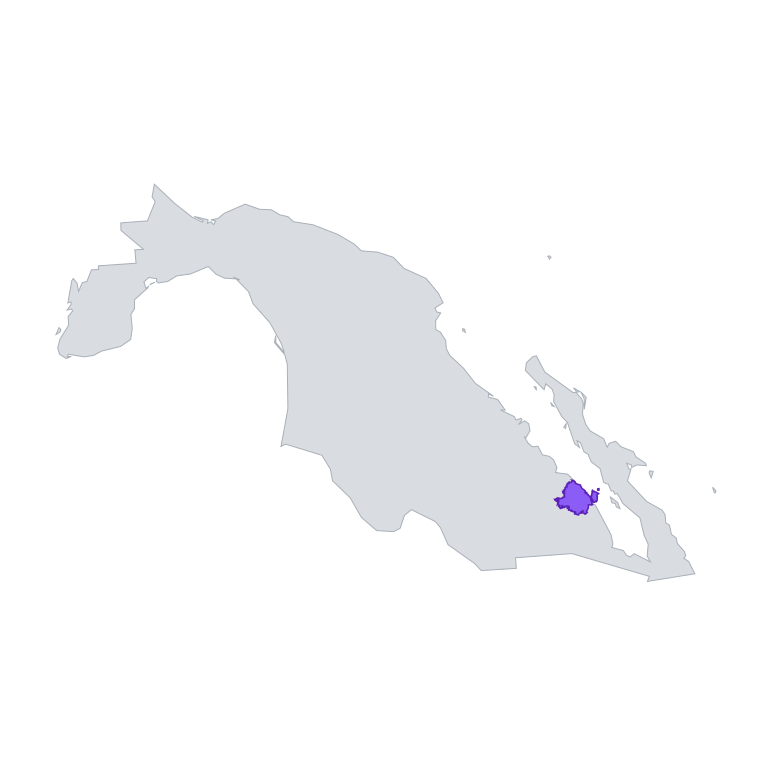 location of Hermosillo, Sonora, Mexico, rotated 176°
{"feature_id": "50627088B25746055261470", "entity_name": "Hermosillo", "entity_type": "district", "adm_level": 2, "iso_a3": "MEX", "parent_name": "Mexico", "parent_adm1": "Sonora", "projection": "robinson", "projection_center": [-112.148, 28.969], "detail": "fine", "context": "in_parent", "style": "filled", "palette": "violet", "viewbox_px": 768, "rotation_deg": 176, "n_neighbors": 0, "source": "geoboundaries", "source_scale": "gbopen_adm2", "svg_char_len": 8915}
<svg xmlns="http://www.w3.org/2000/svg" viewBox="0 0 768 768"><g transform="rotate(176 384 384)"><path d="M87.1,173.0L135.0,168.7L132.7,173.6L208.4,201.7L264.9,201.5L264.9,190.9L300.0,191.1L306.2,198.7L331.3,219.2L337.6,236.5L342.2,243.1L365.4,256.7L372.7,251.6L378.0,238.9L384.9,236.1L401.6,238.3L415.8,252.4L425.6,272.7L442.1,291.1L443.4,302.8L450.9,317.2L486.5,330.9L491.1,328.8L481.6,366.0L479.1,410.5L480.9,420.1L490.4,433.0L488.6,439.9L489.0,432.9L481.1,422.0L483.8,432.0L493.5,453.0L509.0,473.1L512.7,485.6L523.5,498.3L520.6,498.0L526.7,501.1L524.7,499.2L535.9,500.8L543.9,505.2L551.1,513.5L569.6,507.2L583.3,506.3L592.4,501.4L602.0,500.5L603.9,502.3L603.3,504.9L611.2,506.6L616.4,502.6L614.8,496.1L612.3,497.7L612.9,496.4L627.0,485.4L627.6,476.4L631.6,471.3L631.3,456.9L633.6,446.1L644.3,439.8L663.5,436.5L671.8,432.8L681.2,432.0L696.8,435.7L698.0,433.4L694.0,433.3L699.2,431.6L705.6,436.3L707.0,442.8L704.1,451.4L694.5,464.6L694.4,473.3L689.5,478.6L690.5,480.6L695.0,479.9L690.4,485.4L690.5,487.6L693.7,486.9L688.2,509.0L686.6,510.9L683.2,506.0L682.2,497.7L677.9,506.2L673.3,506.9L667.8,518.3L661.0,518.1L660.6,521.8L622.9,521.8L623.2,535.2L614.6,535.1L635.7,555.6L635.3,563.1L608.6,563.2L599.5,582.0L602.3,586.8L599.2,599.3L579.4,577.9L563.5,563.6L553.9,558.1L552.9,559.5L561.8,564.4L548.0,560.1L548.9,556.6L545.3,558.0L542.9,554.9L540.5,558.3L545.2,559.9L538.2,560.6L531.5,565.4L510.0,573.1L496.0,567.0L484.1,565.6L476.1,560.0L468.1,557.6L463.0,552.2L443.8,547.8L419.7,536.4L404.0,525.7L397.3,518.4L381.2,516.0L365.8,509.7L355.9,497.8L334.7,486.4L323.3,470.6L319.4,460.9L327.8,456.3L326.3,452.2L322.5,450.9L328.1,443.5L328.6,434.7L324.0,431.7L319.4,422.9L319.4,414.9L316.3,407.8L303.7,394.3L292.7,378.1L275.6,364.1L280.5,366.7L280.8,363.6L271.8,360.7L265.0,349.6L269.7,350.0L256.5,342.5L254.6,338.8L249.7,340.2L248.9,338.5L252.6,334.2L246.3,337.5L242.4,334.3L241.6,327.1L246.1,320.6L247.8,321.8L244.5,315.2L240.3,311.0L234.8,311.2L230.9,302.3L224.2,300.3L220.1,296.5L217.3,288.6L219.0,283.7L207.0,281.2L186.0,256.3L184.7,250.4L181.6,248.5L168.0,217.6L166.8,208.2L168.3,205.1L156.8,201.1L154.1,196.1L150.3,194.4L146.3,197.3L130.7,188.0L133.5,194.0L131.6,205.6L135.1,214.9L138.0,232.5L153.9,248.0L159.0,258.5L161.4,258.0L162.6,261.2L164.9,261.5L167.2,268.3L171.7,270.4L174.4,284.6L182.6,291.7L185.4,299.7L189.2,302.3L192.1,311.8L195.4,314.1L193.4,307.0L198.0,311.1L203.7,332.8L208.9,339.1L216.0,354.7L215.1,361.3L216.6,367.1L222.6,372.9L224.7,367.1L242.0,387.6L240.5,395.2L233.8,400.8L230.1,401.5L222.7,384.6L195.8,362.1L193.3,362.4L187.8,355.3L186.7,350.5L188.1,340.0L185.7,329.9L181.6,322.8L168.6,314.0L165.8,305.4L163.5,309.1L156.9,310.7L152.0,304.9L139.8,299.0L137.9,293.9L128.7,286.7L127.9,284.2L137.3,285.6L142.8,283.4L142.7,285.8L147.4,288.1L145.6,282.3L143.5,282.0L147.9,270.3L130.1,248.4L115.4,238.8L112.7,234.0L112.6,225.8L109.1,223.2L107.8,214.0L103.2,210.0L102.5,204.5L96.1,196.0L94.9,191.9L97.0,189.2L92.5,185.7L87.1,173.0ZM185.2,256.6L183.6,262.2L178.9,260.4L180.7,251.9L183.5,251.0L185.2,256.6ZM166.0,255.5L159.1,249.4L157.3,243.2L160.8,245.2L161.6,248.7L165.0,249.6L166.0,255.5ZM704.3,462.9L702.6,461.0L703.4,458.4L707.7,456.3L704.3,462.9ZM188.1,362.3L183.2,356.5L186.0,344.8L185.3,355.3L188.1,362.3ZM125.2,278.8L121.5,278.0L124.0,271.7L125.7,276.4L125.2,278.8ZM63.4,258.1L60.3,254.1L61.0,252.3L62.1,252.4L63.4,258.1ZM192.2,362.5L195.2,367.0L189.0,362.6L192.2,362.5ZM302.0,431.9L301.4,433.8L299.9,433.0L299.2,429.8L302.0,431.9ZM217.9,350.5L219.1,354.1L215.8,349.6L217.9,350.5ZM205.9,326.9L207.7,328.5L205.0,331.7L205.9,326.9ZM211.7,499.9L210.4,500.4L208.6,498.9L210.1,497.0L211.7,499.9ZM608.5,500.6L605.2,501.4L610.9,499.4L608.5,500.6ZM234.3,370.9L232.6,370.5L232.3,367.1L234.3,370.9Z" fill="#d9dde1" stroke="#a8b0b8" stroke-width="1"/><path d="M184.4,249.2L184.6,249.4L184.9,250.2L185.0,250.6L185.0,250.9L184.9,251.8L184.6,252.5L185.1,252.5L185.3,252.8L185.2,253.0L185.6,253.2L185.9,254.0L185.5,255.0L185.7,254.9L185.8,255.0L185.9,255.3L185.8,255.6L185.9,255.8L185.9,256.2L186.0,256.3L185.9,256.5L186.0,256.4L185.9,256.5L185.9,256.4L186.0,256.4L186.2,256.9L186.2,257.1L185.8,257.4L185.8,257.5L186.1,257.6L187.0,257.7L187.2,257.8L187.3,257.9L187.4,258.2L187.5,258.4L187.5,258.5L187.8,258.7L187.8,258.8L188.0,258.9L188.3,259.1L188.2,259.4L188.6,259.6L188.6,260.1L189.3,260.2L189.8,260.4L190.0,260.6L190.2,260.9L190.6,261.1L190.9,261.7L191.2,261.8L190.8,262.3L190.7,262.4L190.4,262.3L190.3,262.5L190.6,262.8L190.8,263.1L190.8,263.4L191.1,263.6L191.1,263.8L191.6,264.1L191.7,264.3L192.1,264.7L193.3,265.6L193.8,266.1L194.0,266.4L194.1,266.8L194.2,267.0L194.6,268.1L194.8,268.3L195.0,268.7L195.1,269.1L195.1,269.6L196.4,269.9L197.7,270.6L198.8,270.9L199.6,271.3L200.0,271.6L200.2,271.9L200.2,272.1L200.2,272.3L200.1,272.5L200.3,272.7L200.3,272.8L200.2,272.9L200.3,273.0L200.5,273.2L200.7,273.5L200.8,273.5L201.1,273.6L201.1,273.8L201.2,274.0L201.3,273.9L201.5,273.9L201.6,274.1L201.7,274.5L202.2,274.6L203.5,275.0L203.0,274.0L203.5,273.5L203.6,273.4L204.0,273.1L204.1,272.8L205.4,273.1L205.6,273.2L205.9,273.3L206.4,273.2L206.3,271.9L206.8,271.9L207.5,272.1L207.4,271.5L207.9,271.4L208.6,271.3L208.5,269.8L208.5,269.6L208.6,268.8L209.5,269.3L209.8,268.0L210.1,268.0L210.1,267.9L210.9,267.6L210.5,266.3L212.3,265.5L211.5,264.5L212.0,264.5L212.7,264.6L213.1,264.4L212.6,263.9L213.2,263.1L212.9,262.6L212.1,262.8L212.0,263.1L211.6,262.5L212.0,262.4L211.8,261.5L212.1,261.4L212.1,260.5L211.9,260.5L211.8,258.8L212.3,258.8L213.3,258.7L213.5,258.5L213.8,258.3L213.6,258.0L213.9,257.7L215.3,257.4L216.1,257.5L216.8,257.8L217.6,258.0L217.4,257.8L217.3,257.2L217.5,257.2L218.1,257.8L218.4,257.9L219.0,257.5L219.4,257.8L220.6,257.5L220.3,257.6L220.2,257.0L220.4,256.9L221.0,257.1L221.3,257.0L221.5,256.9L221.9,257.0L221.6,256.2L219.9,254.9L220.0,255.4L219.6,255.5L219.5,256.3L219.3,256.5L219.1,256.5L218.9,256.3L218.4,256.2L218.8,255.4L218.6,255.2L218.5,255.3L218.3,255.4L217.9,255.4L218.1,253.9L218.4,253.9L218.5,254.0L219.0,253.5L219.2,252.0L219.3,251.8L218.9,252.0L219.0,251.6L217.9,250.8L217.7,250.9L217.1,250.4L218.4,249.9L217.8,249.2L217.5,248.7L217.5,248.9L217.3,248.4L216.8,247.7L215.2,247.8L215.7,248.8L214.7,249.9L214.6,250.2L213.9,249.5L213.6,249.3L214.0,248.4L213.3,248.2L213.0,248.1L212.9,248.2L212.8,248.4L212.5,248.4L212.3,248.8L212.1,248.8L211.9,248.8L211.9,249.0L211.7,249.0L211.7,249.4L210.3,249.4L208.9,249.4L208.9,248.9L208.5,248.3L207.9,248.5L207.9,248.0L207.9,247.8L209.9,247.8L209.8,247.0L209.1,247.3L208.1,247.2L208.6,245.3L207.8,245.1L207.7,245.2L207.0,245.0L206.9,245.3L206.0,245.2L206.2,244.1L205.3,243.8L205.1,243.9L205.1,243.7L205.3,243.7L203.5,243.5L203.0,242.0L202.6,243.2L201.8,242.9L201.7,241.3L202.2,241.0L200.7,240.3L199.0,239.8L198.5,241.1L197.5,241.3L197.3,241.6L196.1,241.6L195.9,241.5L195.9,241.8L196.1,241.8L196.4,242.0L196.6,242.4L196.1,243.0L195.7,243.0L195.4,242.7L194.3,243.7L194.1,243.5L195.2,242.5L194.5,241.8L194.2,241.4L193.7,241.3L192.7,240.3L192.1,240.8L191.7,240.4L190.1,241.9L190.8,242.7L190.8,243.2L189.0,245.6L188.5,249.2L187.5,249.1L185.5,249.1L185.4,249.0L185.3,248.9L185.2,248.8L184.9,248.9L184.4,249.2ZM183.4,251.4L183.2,251.5L183.0,251.4L182.8,251.5L182.6,251.6L182.4,251.5L182.0,251.5L181.3,252.2L181.0,252.3L180.8,252.3L180.7,252.3L180.5,252.0L180.3,252.1L180.2,252.0L180.0,252.3L179.8,252.6L179.6,252.8L179.6,253.4L179.4,253.7L179.4,253.9L179.4,254.1L179.3,254.5L179.3,255.0L179.2,255.2L179.2,255.4L179.2,255.6L179.1,256.2L179.0,256.4L179.2,256.6L179.2,256.9L179.4,257.1L179.4,257.3L179.3,257.5L179.4,257.9L179.2,258.2L179.1,258.5L178.8,258.7L178.7,258.8L178.2,259.3L177.9,259.4L177.8,259.5L177.5,259.7L177.7,259.9L177.9,259.8L178.1,259.9L178.3,260.2L179.1,260.6L179.3,260.9L179.7,261.0L179.8,261.1L179.8,261.3L180.4,261.4L180.7,261.5L180.9,261.5L181.1,261.5L181.5,262.0L181.9,262.1L182.0,262.4L182.6,262.3L182.7,262.5L182.8,262.6L183.0,262.7L183.3,262.4L183.7,262.2L183.8,262.2L183.9,262.3L184.0,262.2L183.9,262.0L183.7,261.9L183.8,261.7L183.7,261.6L183.8,261.4L183.7,261.4L183.7,261.2L184.1,260.5L184.1,260.1L184.4,259.8L184.5,259.6L184.4,259.3L184.6,259.0L184.6,258.8L184.9,258.2L184.9,257.8L185.0,257.5L185.3,257.4L185.4,257.2L185.4,257.3L185.0,257.5L184.9,257.8L184.9,257.6L184.9,257.3L185.0,256.9L185.3,256.6L185.1,256.7L185.2,256.4L185.3,256.3L185.2,256.4L185.3,256.5L185.3,256.4L185.3,256.2L185.1,256.1L185.0,255.7L184.8,255.5L184.7,255.2L184.8,255.1L184.5,254.7L184.4,254.4L184.4,254.2L184.2,254.2L183.7,253.5L183.8,253.1L183.7,252.8L183.8,252.7L183.8,252.3L184.0,252.1L183.8,252.1L183.8,251.9L183.7,251.9L183.6,251.7L183.4,251.6L183.5,251.6L183.2,251.5L183.4,251.4ZM178.2,263.2L177.8,263.2L177.3,263.1L177.1,263.2L176.9,263.2L176.9,263.3L176.9,263.5L177.1,264.4L177.0,264.6L177.7,264.6L178.1,264.5L178.2,264.2L178.2,263.8L178.3,263.6L178.2,263.4L178.2,263.2ZM183.6,263.5L183.3,263.0L183.4,263.6L183.5,263.6L183.6,263.5ZM189.9,261.3L190.0,261.1L189.8,261.3L189.9,261.3Z" fill="#8b5cf6" stroke="#5b21b6" stroke-width="1.5"/></g></svg>